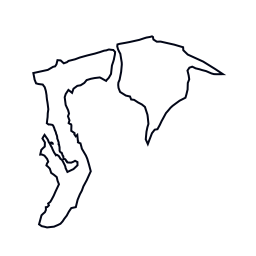 the district of Brass, Bayelsa, Nigeria, rotated 172°
{"feature_id": "59680162B87797979497124", "entity_name": "Brass", "entity_type": "district", "adm_level": 2, "iso_a3": "NGA", "parent_name": "Nigeria", "parent_adm1": "Bayelsa", "projection": "equal_earth", "projection_center": [6.404, 4.514], "detail": "fine", "context": "isolated", "style": "outline", "palette": "ink", "viewbox_px": 256, "rotation_deg": 172, "n_neighbors": 0, "source": "geoboundaries", "source_scale": "gbopen_adm2", "svg_char_len": 5217}
<svg xmlns="http://www.w3.org/2000/svg" viewBox="0 0 256 256"><g transform="rotate(172 128 128)"><path d="M211.6,132.8L213.1,131.0L214.2,129.5L212.3,125.3L213.0,121.2L215.1,119.8L216.9,118.4L218.6,113.9L216.9,113.7L214.6,112.3L212.4,108.7L211.7,105.7L213.1,104.2L214.0,102.3L212.7,100.9L211.1,98.7L210.3,94.2L207.9,92.0L205.4,89.3L205.1,85.6L204.2,81.9L208.6,75.2L211.0,71.3L213.4,68.0L215.2,65.7L217.6,64.3L217.1,62.4L218.9,61.0L220.4,61.0L220.5,59.9L220.7,58.3L222.0,56.2L223.9,55.0L225.8,53.6L227.6,49.4L229.5,45.0L227.1,42.8L224.6,41.9L222.0,40.8L217.9,40.7L215.0,40.6L210.9,41.7L208.8,42.4L208.2,42.6L205.7,44.7L203.8,46.9L200.7,49.9L200.4,50.4L198.2,53.4L195.3,56.6L190.7,56.9L187.9,63.9L184.9,69.0L182.7,72.0L182.3,72.6L180.3,76.4L176.1,82.1L172.7,87.5L170.9,90.3L171.7,97.0L172.6,103.1L172.9,104.3L173.3,105.7L173.5,106.5L176.6,114.0L176.7,115.4L177.1,118.6L177.2,119.4L178.0,119.8L179.3,120.6L179.6,120.8L179.6,121.0L179.3,121.4L179.1,121.9L179.4,122.5L179.2,128.2L180.9,127.0L182.0,129.2L181.6,130.3L182.3,131.0L184.6,133.1L183.7,138.3L183.8,139.5L185.2,140.3L186.1,141.1L184.9,143.7L185.8,148.0L184.4,150.5L184.8,153.9L186.5,159.5L186.4,167.3L184.9,170.4L181.7,174.0L178.5,170.6L176.5,174.5L172.3,176.8L169.0,176.9L165.0,178.7L162.3,181.2L157.9,181.9L154.1,182.1L148.9,182.0L146.9,180.6L146.2,180.0L143.1,177.7L142.3,178.6L140.1,180.3L137.3,183.9L135.2,192.1L133.3,195.9L132.6,197.5L132.4,197.8L132.3,198.3L132.2,198.5L132.1,198.9L130.8,202.5L130.2,205.1L131.7,207.3L133.0,207.6L134.5,208.0L135.9,208.4L137.9,208.1L138.4,207.9L140.9,207.9L145.7,207.0L146.5,206.9L150.4,206.3L158.3,205.5L165.9,204.5L170.9,203.4L177.6,202.7L179.2,201.7L182.6,201.0L185.3,204.3L188.4,205.0L190.0,201.0L191.6,199.2L193.7,199.0L199.3,196.7L214.1,195.6L213.8,190.3L213.8,189.1L212.8,185.0L210.5,184.0L206.4,182.9L205.6,181.4L204.8,180.0L204.4,177.4L204.2,176.0L204.1,171.5L204.2,170.7L204.3,167.4L204.2,164.6L204.2,162.4L204.3,157.6L205.4,153.8L206.1,150.0L207.1,146.4L207.7,144.0L207.4,143.8L207.1,143.5L206.6,142.9L206.1,142.5L205.9,142.5L205.1,142.4L204.6,142.3L204.3,142.2L203.9,142.1L203.7,142.0L203.3,141.9L203.0,141.8L202.7,141.7L202.4,141.5L202.2,141.4L202.1,141.2L202.0,140.9L201.8,140.7L201.7,140.4L201.6,140.1L201.5,139.9L201.4,139.5L201.3,139.1L201.3,138.8L201.2,138.7L201.1,138.4L201.0,138.0L201.0,137.6L200.9,137.0L200.8,136.5L200.7,136.2L200.7,135.8L200.6,135.7L200.5,135.3L200.4,135.2L200.3,134.8L200.2,134.5L200.2,134.3L200.1,133.7L200.0,133.3L200.0,132.6L199.9,132.1L199.9,131.9L199.8,131.6L199.7,131.4L199.6,131.1L199.6,130.7L199.5,130.3L199.5,130.2L199.4,129.8L199.4,128.7L199.4,128.4L199.5,128.0L199.5,127.4L199.4,127.0L199.3,126.6L199.2,126.1L199.1,125.7L199.0,125.4L199.0,124.9L198.9,124.5L198.8,124.2L198.7,123.6L198.7,123.4L198.7,122.5L198.8,122.3L198.9,122.1L199.0,121.8L199.0,121.4L198.9,121.3L198.8,121.2L198.6,121.1L198.6,119.8L198.5,119.3L198.5,118.3L198.5,118.0L198.5,117.8L198.5,117.6L198.6,117.4L198.7,117.0L198.7,116.3L198.8,115.6L198.9,115.3L198.9,114.9L198.8,114.6L198.7,114.4L198.7,114.2L198.5,113.8L198.4,113.6L198.2,113.4L197.9,113.2L197.7,113.1L197.5,112.9L197.3,112.8L197.3,112.6L197.1,112.5L197.1,112.3L197.0,112.1L196.9,111.9L196.8,111.5L196.8,111.0L196.7,110.6L196.7,110.4L196.6,110.1L196.5,109.8L196.5,109.7L196.4,109.6L196.3,109.4L196.2,109.3L196.2,109.2L196.0,108.9L196.0,108.7L196.1,107.9L196.1,106.9L196.0,106.6L195.9,106.4L195.9,106.2L194.8,106.0L194.7,105.9L194.5,105.7L194.4,105.6L194.2,105.3L194.1,105.2L194.0,104.8L194.0,104.4L193.9,104.2L193.7,104.0L193.7,103.9L193.4,103.6L193.1,103.4L193.1,103.2L192.9,102.8L192.9,102.7L193.0,102.5L192.8,102.3L189.1,101.6L186.7,102.2L185.0,102.9L182.8,101.3L183.2,98.1L187.7,94.9L194.1,92.9L195.4,97.1L195.4,98.4L195.8,100.0L197.3,104.4L197.9,105.7L199.1,106.8L200.4,109.8L201.7,111.0L202.7,111.5L203.2,111.1L204.6,114.1L205.7,117.5L206.1,119.4L206.6,120.4L207.1,121.9L207.0,123.6L206.9,123.8L206.8,124.0L205.9,124.0L205.8,123.9L205.6,123.8L205.4,123.7L205.2,123.5L205.2,123.3L205.1,123.2L204.9,123.0L204.8,122.9L204.7,122.9L204.7,123.1L204.9,123.3L205.0,123.8L205.3,124.0L205.5,124.1L205.8,124.3L206.9,124.2L207.0,124.0L207.1,123.9L207.2,123.7L207.2,123.2L207.2,122.3L207.6,123.4L208.5,125.3L208.8,126.9L209.3,128.3L211.6,132.8ZM26.5,168.1L33.4,174.2L44.3,183.3L58.6,192.4L62.4,197.3L62.2,200.3L67.3,202.6L70.6,204.1L83.6,209.0L87.5,209.5L90.5,212.1L90.6,213.4L90.6,214.6L91.5,215.4L93.6,215.1L97.1,215.0L99.6,214.6L104.5,213.7L114.7,212.9L118.8,212.7L124.7,212.5L126.8,212.2L127.3,210.3L126.9,207.3L126.0,204.4L125.3,202.6L125.1,193.7L125.3,191.7L127.0,184.5L129.6,177.0L131.2,174.3L131.7,172.0L131.8,169.0L130.8,164.8L125.6,160.4L121.6,158.9L120.9,155.8L118.0,155.0L114.5,151.9L111.0,149.4L108.3,146.5L106.9,138.5L106.9,136.4L107.0,133.8L107.2,129.2L108.7,126.0L110.2,121.8L112.0,114.3L110.6,109.3L108.7,112.8L105.0,119.5L101.8,122.6L99.0,122.7L96.1,126.6L93.6,130.4L92.9,131.3L88.3,137.5L85.4,140.0L83.1,142.1L80.8,143.7L77.7,145.4L73.2,147.8L72.7,148.0L66.9,150.0L65.5,153.1L63.6,157.9L63.4,159.2L62.5,164.3L60.6,167.7L60.6,171.6L61.1,176.6L58.8,179.2L56.7,179.6L55.9,179.8L53.9,178.5L52.8,177.7L49.0,176.2L46.7,175.1L42.8,173.5L37.7,170.4L35.4,169.4L33.7,169.1L26.5,168.1Z" fill="none" stroke="#020617" stroke-width="2"/></g></svg>